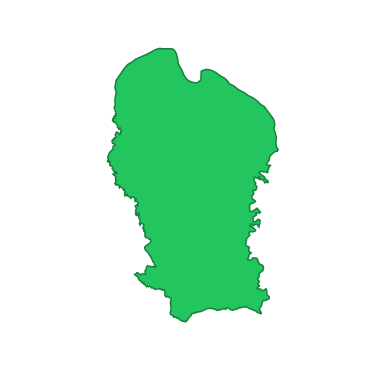 the district of Nong Bua Rawe, Chaiyaphum, Thailand, rotated 36°
{"feature_id": "78962969B25031101148047", "entity_name": "Nong Bua Rawe", "entity_type": "district", "adm_level": 2, "iso_a3": "THA", "parent_name": "Thailand", "parent_adm1": "Chaiyaphum", "projection": "mercator", "projection_center": [101.656, 15.825], "detail": "fine", "context": "isolated", "style": "filled", "palette": "green", "viewbox_px": 384, "rotation_deg": 36, "n_neighbors": 0, "source": "geoboundaries", "source_scale": "gbopen_adm2", "svg_char_len": 6065}
<svg xmlns="http://www.w3.org/2000/svg" viewBox="0 0 384 384"><g transform="rotate(36 192 192)"><path d="M230.9,102.9L227.9,97.9L221.1,92.7L219.8,89.5L216.7,86.1L214.2,84.8L200.2,80.4L195.9,80.8L191.5,80.1L187.3,79.9L180.3,81.0L177.1,80.8L169.3,81.9L164.2,81.6L158.5,82.5L155.4,81.3L151.7,80.8L145.1,81.5L140.6,81.4L135.3,82.4L131.3,84.5L128.6,88.4L128.7,89.2L133.1,95.8L133.1,97.3L132.4,99.6L131.0,101.6L126.8,103.3L123.9,104.0L121.1,103.7L117.4,102.5L111.6,99.1L105.2,96.2L102.5,93.0L98.0,89.3L94.6,87.7L92.8,87.6L91.5,88.0L83.1,94.0L81.6,94.6L78.7,98.4L74.7,106.8L68.3,117.7L67.3,121.7L65.2,126.2L64.6,131.5L65.0,146.3L68.4,153.0L71.9,155.6L75.7,163.2L78.8,166.8L79.2,169.2L82.2,171.5L83.4,171.9L84.2,173.4L84.1,173.9L85.6,174.6L85.5,175.2L85.2,174.7L84.8,175.3L85.3,175.5L85.1,176.4L85.9,177.4L84.8,177.4L85.4,178.0L84.9,179.2L85.3,179.3L85.1,179.7L85.6,180.1L85.7,180.7L86.0,180.6L86.2,181.1L87.0,180.8L87.0,181.2L87.6,181.4L88.5,181.2L88.6,180.6L89.5,180.6L89.9,181.1L92.5,182.0L94.2,183.7L95.4,183.2L95.8,183.9L96.3,182.7L96.8,183.7L98.0,183.3L98.9,184.2L98.8,184.7L99.3,184.7L99.2,186.1L99.9,186.5L99.9,187.9L96.8,187.4L95.7,188.1L96.2,190.8L98.4,192.4L97.5,193.7L97.9,194.1L97.4,194.7L98.1,195.8L97.3,195.9L97.1,197.1L97.6,198.2L99.2,199.3L101.2,198.5L102.1,198.7L101.3,201.3L102.7,203.6L102.1,209.0L103.1,211.6L102.8,212.3L103.7,213.7L104.9,214.8L106.4,215.4L106.0,216.5L105.5,216.5L105.7,216.9L106.4,217.1L107.9,216.1L109.8,218.7L110.3,218.2L110.9,218.6L112.6,218.4L113.6,219.3L113.6,219.9L114.6,220.0L116.3,221.3L117.7,220.9L118.4,220.2L119.7,220.4L120.1,221.2L118.1,222.3L117.6,224.1L120.5,224.2L122.2,225.2L122.2,226.3L123.1,226.7L124.5,228.9L124.4,230.3L126.4,231.1L126.9,230.7L126.8,229.9L127.2,229.7L129.6,229.9L130.0,230.7L131.0,231.2L130.9,229.7L133.6,229.7L134.8,230.4L135.4,229.6L135.9,230.6L136.6,230.2L137.2,230.7L137.7,231.9L138.8,231.9L138.9,233.7L140.0,234.6L141.2,233.0L141.2,232.1L142.2,233.0L143.9,232.7L146.4,233.0L146.5,231.2L147.8,230.2L149.2,230.9L150.9,230.4L150.5,231.8L151.5,231.8L151.6,232.5L151.1,232.6L151.5,233.0L153.1,232.2L154.8,232.2L155.1,234.0L156.2,234.9L154.7,235.3L154.3,236.8L156.1,237.6L156.9,238.6L157.3,240.3L159.2,241.5L158.7,242.2L158.9,242.8L159.5,243.0L160.1,242.7L160.5,243.7L160.9,243.7L161.3,243.3L161.2,240.7L161.8,241.5L162.1,240.8L162.5,240.9L162.9,241.3L163.1,243.0L164.6,244.5L166.0,244.9L167.2,245.9L168.1,248.7L169.6,249.3L169.2,247.8L169.4,247.2L170.2,246.7L171.9,246.8L172.7,247.3L173.0,248.6L173.6,249.1L173.2,249.5L174.2,250.7L175.1,250.3L175.9,251.7L176.3,251.3L176.9,252.1L178.0,251.8L178.4,253.6L179.3,254.2L179.6,255.2L181.5,256.0L181.9,255.3L185.2,255.3L186.0,254.5L187.0,255.4L187.8,256.4L187.8,258.2L187.2,260.1L187.4,260.9L186.7,261.5L186.0,264.2L188.0,266.3L191.9,266.9L198.4,269.5L201.1,271.2L203.1,271.8L204.4,272.9L205.5,273.0L206.9,273.7L206.8,274.3L204.2,275.1L203.4,276.3L199.5,277.6L199.2,279.4L200.3,281.3L200.4,283.7L202.8,286.0L202.1,286.6L200.2,287.0L199.0,289.4L196.0,289.2L194.8,289.8L194.6,292.1L194.2,292.4L196.3,292.7L198.3,292.3L199.1,293.4L200.1,293.6L200.6,294.2L203.6,294.3L204.7,294.8L205.7,294.6L206.2,293.6L206.8,294.6L207.7,295.0L208.6,294.6L210.9,295.3L211.2,294.4L212.5,294.3L213.3,293.0L214.1,292.8L215.5,293.5L217.0,292.5L219.6,292.5L220.5,291.0L223.8,288.8L224.3,289.1L224.5,288.7L225.8,288.7L225.9,288.0L226.6,288.1L226.8,287.6L227.3,287.6L228.3,288.2L230.9,291.6L231.9,292.0L233.4,291.8L233.7,290.7L235.3,290.3L235.8,290.8L236.3,290.4L237.7,290.3L239.7,294.4L244.0,298.9L245.4,302.8L246.5,303.7L249.7,303.3L250.7,304.1L252.0,302.9L253.9,302.9L255.2,302.2L256.8,302.6L260.5,302.1L261.2,301.4L262.5,301.2L263.0,300.1L263.5,300.1L263.3,298.9L263.7,298.3L263.3,297.3L263.8,292.2L263.5,290.0L264.8,288.7L265.4,288.7L265.7,287.0L266.5,286.8L267.2,285.6L269.4,283.6L273.0,277.2L275.5,275.1L277.6,274.0L282.1,273.0L282.6,271.8L283.9,271.2L283.8,270.7L285.3,269.2L285.6,268.1L288.4,267.0L288.2,265.1L289.0,264.5L291.9,264.6L292.9,264.5L293.5,263.8L294.2,263.8L294.5,263.1L295.6,262.4L296.1,261.2L297.2,260.6L297.3,259.5L298.3,258.2L298.2,257.6L299.1,256.9L300.0,256.8L300.5,255.2L302.6,253.9L303.5,252.9L307.8,252.5L308.6,251.8L310.8,251.6L311.5,251.1L312.3,251.3L314.0,250.6L315.4,251.0L319.2,250.1L319.4,249.5L318.9,248.8L315.2,247.2L314.7,246.5L315.2,245.4L315.1,243.0L313.9,240.7L313.3,237.9L315.1,236.7L316.9,233.5L317.0,233.0L316.1,231.4L312.8,231.0L311.2,228.8L309.2,226.8L308.5,227.3L307.9,229.1L306.5,230.8L304.6,230.2L302.2,231.6L300.9,231.7L301.8,228.3L299.4,227.8L299.4,225.7L298.6,224.5L296.8,224.5L296.2,224.1L296.0,220.7L294.2,218.8L295.6,213.6L294.8,212.8L294.4,211.0L292.5,209.9L290.7,210.0L288.7,210.8L287.0,209.4L285.7,209.4L285.3,208.2L284.5,207.7L283.1,207.5L280.0,209.5L279.7,212.7L276.9,213.9L276.1,212.2L276.1,211.0L275.0,209.7L275.7,206.4L272.6,206.6L270.8,202.9L269.1,203.4L266.9,203.5L265.9,202.4L264.8,199.6L263.5,197.6L264.2,193.0L261.6,191.4L262.2,190.3L265.4,187.7L266.2,186.0L265.7,185.4L262.9,185.0L260.1,184.9L258.8,185.6L258.5,183.3L259.3,182.6L261.2,183.3L262.2,181.2L263.6,179.9L266.8,181.0L265.1,177.1L263.6,174.8L263.2,174.7L261.3,175.5L261.1,177.8L260.3,179.5L259.8,179.8L258.5,179.4L257.6,178.6L257.1,177.1L256.2,176.2L257.7,172.9L255.8,171.5L258.7,169.6L259.3,168.8L259.3,168.1L254.1,166.9L253.2,170.0L251.8,172.6L250.4,173.6L249.6,173.1L246.2,168.7L246.6,166.5L247.8,165.2L248.8,163.2L248.8,162.2L247.8,161.9L246.0,162.1L244.3,161.9L243.6,161.2L243.0,159.9L243.0,157.1L240.2,154.6L240.7,154.1L242.3,153.6L242.4,151.9L241.2,149.4L238.7,148.8L238.4,147.4L236.6,146.8L233.9,144.6L234.1,142.7L235.5,143.0L236.7,142.3L236.6,140.6L237.3,139.9L238.1,140.2L238.4,141.0L238.1,142.0L239.0,142.3L242.2,140.1L242.9,140.9L243.9,140.8L245.4,141.8L246.2,140.7L247.9,139.7L246.9,138.3L244.2,138.5L241.3,137.2L237.1,137.3L234.8,136.7L235.9,134.4L238.1,133.7L240.0,132.4L241.1,132.3L241.8,131.6L240.3,129.2L240.3,128.0L239.7,126.7L239.8,124.4L239.0,124.7L238.1,125.8L235.9,125.7L235.7,120.9L234.0,117.7L234.7,112.5L235.7,110.1L237.1,108.8L236.9,107.2L233.3,105.5L230.9,102.9Z" fill="#22c55e" stroke="#15803d" stroke-width="1.5"/></g></svg>